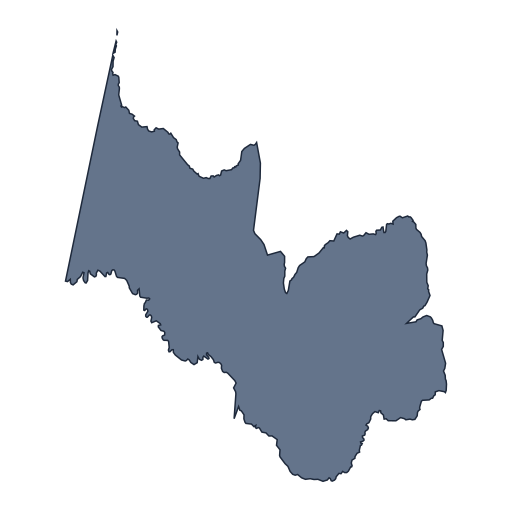 outline of Coxim, Mato Grosso do Sul, Brazil
{"feature_id": "56859067B2559319027798", "entity_name": "Coxim", "entity_type": "district", "adm_level": 2, "iso_a3": "BRA", "parent_name": "Brazil", "parent_adm1": "Mato Grosso do Sul", "projection": "equal_earth", "projection_center": [-54.652, -18.188], "detail": "fine", "context": "isolated", "style": "filled", "palette": "slate", "viewbox_px": 512, "rotation_deg": 0, "n_neighbors": 0, "source": "geoboundaries", "source_scale": "gbopen_adm2", "svg_char_len": 6077}
<svg xmlns="http://www.w3.org/2000/svg" viewBox="0 0 512 512"><path d="M407.7,216.0L402.4,217.8L400.0,216.2L399.0,216.4L396.5,217.7L392.8,221.2L393.1,224.1L390.8,223.3L388.9,224.0L387.4,223.7L386.6,224.4L385.8,231.4L385.1,232.5L383.9,232.5L383.0,227.0L381.8,227.3L380.4,230.0L376.6,230.2L375.9,231.3L376.2,233.4L375.6,234.6L373.3,233.9L369.0,234.3L366.0,232.7L363.6,235.6L362.4,236.1L359.8,235.2L353.4,237.2L350.1,239.0L348.2,237.4L347.4,235.7L347.8,231.7L346.5,230.4L343.7,233.0L340.4,231.8L339.3,234.1L337.0,233.9L333.8,241.0L329.9,240.7L328.1,242.7L325.2,244.7L324.4,245.8L324.3,247.8L323.3,247.7L319.0,253.0L314.0,256.6L307.9,256.9L306.3,258.6L304.8,261.9L299.6,265.5L298.2,267.7L296.7,272.4L295.0,274.4L293.6,277.3L292.0,278.6L291.5,279.9L289.9,281.0L288.3,290.5L286.8,293.5L285.5,292.6L284.3,289.1L283.4,283.0L283.8,278.5L284.8,276.2L284.8,271.0L285.6,268.2L284.4,266.2L284.2,264.2L284.6,262.5L284.6,256.3L280.5,251.4L267.5,255.1L264.0,244.5L260.7,239.6L254.9,233.7L253.5,230.4L260.1,178.4L260.4,163.1L256.6,142.5L255.2,144.5L253.9,145.3L250.5,144.4L244.4,148.4L241.8,151.5L240.6,160.3L238.2,163.7L238.3,165.0L236.2,165.9L235.7,167.0L234.7,166.7L234.1,167.8L232.9,167.9L231.5,169.7L226.1,170.7L224.2,169.9L223.0,170.4L221.6,171.0L220.6,175.1L219.5,175.7L218.6,174.9L216.6,175.4L214.1,177.0L213.2,175.9L211.1,176.0L209.9,178.5L208.1,178.5L206.2,177.6L203.5,178.3L199.6,176.5L198.8,175.8L198.1,173.6L197.2,174.1L193.9,171.2L192.7,169.1L189.9,168.2L189.3,166.0L187.6,164.7L179.6,154.9L179.6,152.0L177.6,148.9L177.2,147.1L178.1,142.9L177.0,141.9L176.2,139.6L173.5,137.6L170.8,133.2L169.8,134.2L168.6,133.8L168.0,132.4L163.3,128.5L158.7,129.1L156.1,127.8L154.2,129.8L154.4,131.2L151.6,131.9L148.8,131.0L147.6,129.3L147.0,126.6L141.8,127.1L138.4,124.6L137.4,121.2L134.7,120.7L133.3,118.5L133.6,116.9L134.5,116.1L132.1,114.2L129.5,113.4L128.8,110.3L125.8,107.0L124.6,107.6L122.4,106.7L121.6,107.1L120.9,106.0L121.7,105.3L118.7,94.9L119.4,88.8L119.3,87.1L118.3,85.6L118.3,84.1L119.2,82.7L118.8,77.3L118.3,76.2L115.0,74.6L113.1,75.2L112.7,73.5L113.0,72.4L111.9,71.1L111.5,69.4L113.0,66.7L113.1,61.1L114.1,57.6L112.8,55.3L97.6,126.1L65.5,281.1L67.5,281.6L70.3,279.3L70.4,282.5L71.3,284.1L73.1,284.9L76.9,281.7L77.3,279.4L80.5,276.6L82.7,272.2L84.0,272.7L83.0,277.9L83.6,280.6L85.2,282.8L86.1,283.0L87.6,280.5L88.0,273.0L88.7,270.7L89.7,271.2L90.3,273.8L94.4,276.9L95.8,276.4L96.4,275.0L96.3,273.1L97.9,270.2L99.9,271.1L105.0,276.6L105.9,276.5L106.6,272.9L107.7,272.4L109.0,274.4L109.9,274.7L110.9,274.0L111.7,270.8L112.5,269.9L113.9,269.8L114.9,271.1L116.5,276.3L117.5,277.4L124.6,278.4L126.7,280.4L129.2,286.1L129.3,287.9L132.6,293.6L135.4,294.7L136.6,294.3L137.6,293.1L137.5,290.3L139.1,288.8L139.8,296.0L140.6,297.2L146.8,298.2L148.8,298.0L149.7,298.9L148.6,300.2L146.4,300.0L145.3,302.6L144.4,303.5L143.9,305.9L143.8,310.1L144.7,310.5L146.2,308.8L147.4,309.3L147.9,311.2L145.7,314.8L145.7,316.2L146.5,317.2L147.4,317.2L149.4,315.0L150.5,315.0L151.4,316.1L151.7,317.5L150.9,321.1L151.7,322.7L156.3,320.8L160.3,323.7L160.7,324.9L158.4,325.4L158.3,326.9L161.0,330.5L164.0,331.3L164.8,332.6L164.6,335.0L162.6,335.9L162.0,336.8L162.2,338.1L163.1,339.7L164.0,340.3L167.7,340.4L168.6,341.4L169.2,347.5L168.4,350.1L169.0,351.8L169.9,351.8L172.0,349.7L173.3,349.7L173.4,352.4L175.3,355.0L181.5,360.0L185.2,361.0L186.4,360.5L187.8,359.0L189.2,359.9L190.9,362.5L194.0,364.6L197.2,362.7L197.9,356.5L199.4,359.3L201.5,360.3L202.9,359.5L202.9,357.3L203.8,356.1L208.0,359.1L209.0,358.5L208.7,357.2L206.5,354.9L206.6,353.1L207.6,352.8L208.3,354.5L210.9,356.5L213.4,359.7L214.3,362.4L215.6,363.0L217.9,362.3L219.4,362.5L220.9,363.9L221.6,365.3L221.4,368.2L222.6,371.4L224.2,372.5L226.3,372.3L227.7,373.1L234.8,380.6L236.1,383.1L233.6,387.9L235.6,391.7L235.9,393.8L234.1,418.7L238.6,406.5L239.9,410.3L241.3,410.8L244.0,414.8L243.9,418.9L245.0,422.2L245.9,423.4L251.5,424.1L253.9,426.6L255.8,425.4L255.4,427.4L256.3,428.4L258.4,427.6L259.4,428.0L261.9,432.1L266.0,432.9L268.9,436.0L272.0,435.9L277.2,439.6L276.5,445.3L280.0,449.8L279.6,455.5L280.1,457.0L285.1,463.7L287.9,466.3L290.1,471.4L292.7,474.3L295.2,475.2L297.6,474.5L301.6,477.8L305.4,479.3L310.2,478.7L314.0,479.5L317.9,479.3L323.0,481.3L327.3,480.0L329.1,477.8L330.2,478.5L331.2,480.7L332.3,481.1L334.5,480.1L335.7,478.7L336.2,476.7L338.9,473.4L341.0,473.7L342.7,471.4L344.7,472.6L346.7,472.6L348.4,471.1L350.7,466.9L351.6,466.9L352.1,465.8L351.3,463.0L352.0,460.1L354.9,458.3L355.0,456.6L357.0,453.3L359.6,452.1L359.3,450.3L360.4,445.5L361.5,445.1L362.2,443.5L360.9,443.2L360.5,441.9L362.9,441.2L364.0,440.2L363.9,439.0L362.5,437.5L362.4,436.0L364.7,435.1L365.1,433.9L364.9,432.4L365.4,431.1L367.6,429.7L368.4,427.9L367.8,426.3L366.0,425.1L366.7,423.9L368.9,422.7L370.7,419.0L370.7,416.7L372.4,413.8L374.9,411.6L378.3,412.7L379.3,410.5L380.6,410.8L380.9,412.8L383.4,415.0L384.1,419.1L386.2,418.8L388.2,420.7L395.9,420.8L400.6,417.6L404.5,418.7L405.8,419.8L410.0,419.1L412.3,419.8L414.9,419.4L417.2,415.8L417.5,412.4L418.2,411.0L420.0,409.5L419.6,408.1L419.8,406.7L421.4,401.2L422.5,400.3L429.2,399.9L431.3,398.3L432.6,398.2L433.8,395.8L435.2,394.8L435.3,391.9L438.9,390.6L444.4,391.7L445.4,392.6L446.2,390.3L446.5,384.2L446.1,380.6L445.4,379.1L445.2,375.3L443.5,371.0L444.8,368.4L445.6,363.3L441.6,349.4L443.3,346.4L443.3,344.5L443.3,342.5L442.2,340.4L443.1,330.5L441.9,325.9L434.2,323.7L433.4,322.9L432.7,320.3L431.4,318.0L430.4,316.9L426.7,315.5L422.9,317.0L420.9,318.7L417.1,319.9L416.0,321.8L406.5,323.4L413.4,316.9L414.9,316.9L419.8,309.8L422.7,308.2L423.7,306.2L425.0,305.6L427.1,302.1L430.0,295.5L428.6,291.4L428.7,289.7L427.7,288.8L428.2,285.7L426.8,282.3L426.7,274.0L427.8,270.1L427.5,267.8L426.4,265.8L426.1,263.4L427.4,255.1L426.7,252.1L426.9,250.0L425.9,243.0L425.1,240.7L421.6,236.5L421.1,234.2L420.0,232.4L416.5,229.4L415.9,228.1L415.8,224.4L413.6,221.8L412.5,221.4L413.1,220.4L411.0,217.5L410.0,216.8L409.0,217.0L407.7,216.0ZM113.0,53.4L115.1,52.2L115.3,49.1L116.4,45.9L115.8,44.6L116.7,42.2L116.1,41.0L113.0,53.4ZM116.9,35.4L117.7,32.0L117.0,30.7L116.9,35.4Z" fill="#64748b" stroke="#1e293b" stroke-width="1.5"/></svg>